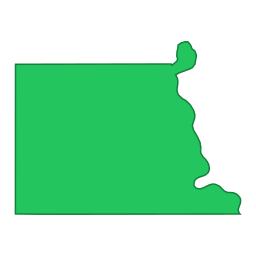 the district of Nemaha, Nebraska, United States of America
{"feature_id": "52423323B47772109316300", "entity_name": "Nemaha", "entity_type": "district", "adm_level": 2, "iso_a3": "USA", "parent_name": "United States of America", "parent_adm1": "Nebraska", "projection": "equal_earth", "projection_center": [-95.661, 40.412], "detail": "fine", "context": "isolated", "style": "filled", "palette": "green", "viewbox_px": 256, "rotation_deg": 0, "n_neighbors": 0, "source": "geoboundaries", "source_scale": "gbopen_adm2", "svg_char_len": 1212}
<svg xmlns="http://www.w3.org/2000/svg" viewBox="0 0 256 256"><path d="M15.4,213.9L40.1,214.2L240.0,214.0L239.2,213.2L239.0,212.5L238.3,210.7L238.3,208.9L240.4,203.0L240.6,200.2L240.4,198.7L239.6,197.2L237.2,194.6L235.7,193.7L233.1,192.7L227.2,192.4L224.7,191.2L223.5,190.3L219.8,186.5L217.0,185.0L214.7,184.2L213.3,184.0L211.4,184.3L209.1,185.0L203.4,187.8L200.8,188.7L199.4,188.9L196.7,188.3L195.5,187.6L194.2,185.9L193.9,184.9L194.0,183.1L194.5,181.0L195.8,179.2L198.3,177.5L204.5,175.4L206.1,174.4L208.2,172.5L209.1,170.2L209.3,168.7L208.9,165.5L208.4,163.9L207.4,161.9L205.5,159.3L203.1,157.0L201.3,154.1L200.7,152.1L200.6,149.2L200.8,147.3L200.0,142.4L197.6,137.1L193.4,129.9L192.4,125.7L192.7,124.1L193.8,120.8L194.6,118.4L194.9,115.0L193.8,110.9L190.7,105.5L187.9,102.4L185.5,100.4L182.4,98.6L178.6,95.1L177.9,93.9L177.2,91.4L177.0,89.7L177.2,87.8L177.6,85.3L177.9,81.2L177.3,78.1L175.6,74.6L177.5,73.9L179.0,72.9L189.5,69.0L192.3,67.7L194.9,64.1L196.4,55.8L195.9,53.6L194.8,50.9L192.1,49.0L190.6,45.1L187.9,41.8L184.9,41.8L181.2,42.9L178.1,45.0L177.8,48.6L177.0,51.8L176.8,56.4L177.7,58.6L176.8,61.3L171.8,65.3L171.2,64.0L15.5,64.3L15.4,213.9Z" fill="#22c55e" stroke="#15803d" stroke-width="1.5"/></svg>